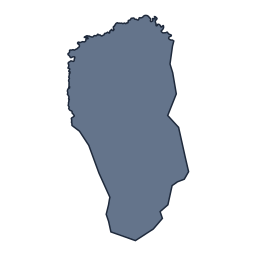 the district of Mogod, Bulgan, Mongolia
{"feature_id": "93677404B32006231606780", "entity_name": "Mogod", "entity_type": "district", "adm_level": 2, "iso_a3": "MNG", "parent_name": "Mongolia", "parent_adm1": "Bulgan", "projection": "albers", "projection_center": [102.81, 48.255], "detail": "fine", "context": "isolated", "style": "filled", "palette": "slate", "viewbox_px": 256, "rotation_deg": 0, "n_neighbors": 0, "source": "geoboundaries", "source_scale": "gbopen_adm2", "svg_char_len": 5277}
<svg xmlns="http://www.w3.org/2000/svg" viewBox="0 0 256 256"><path d="M188.6,171.7L185.3,157.5L184.3,153.0L178.6,127.4L167.7,115.5L176.3,93.9L172.7,72.7L170.0,64.0L172.5,46.1L173.8,41.0L172.5,40.1L171.9,40.0L171.1,40.1L170.5,39.9L169.6,39.4L168.9,38.8L168.7,38.5L168.7,38.2L168.8,37.6L168.9,37.2L170.1,36.5L170.8,36.3L171.0,36.1L171.3,35.7L171.3,35.2L171.0,34.9L170.4,34.7L168.8,34.0L168.1,33.3L167.8,32.9L167.5,32.3L167.4,32.2L166.7,32.2L165.8,32.7L163.4,32.9L163.0,32.9L162.3,32.5L161.3,31.6L161.2,31.2L161.2,30.9L161.4,30.7L161.9,30.3L162.8,29.3L163.0,29.0L163.5,27.9L163.6,27.3L163.6,26.9L163.5,26.0L163.3,25.6L163.0,25.6L161.7,26.9L161.3,27.0L161.1,27.0L160.7,26.6L160.6,26.0L160.3,25.5L159.4,24.6L158.7,24.3L158.0,24.3L157.7,24.4L157.4,24.7L157.3,25.4L156.9,25.7L156.5,25.8L156.1,25.6L156.0,25.0L156.0,23.9L156.0,23.6L155.9,23.4L155.5,22.6L155.4,22.1L155.3,21.4L155.4,20.9L155.5,20.6L155.8,20.2L156.7,19.3L156.9,18.8L157.0,18.4L156.9,18.2L156.6,17.9L155.3,16.7L154.9,16.6L154.5,16.6L154.5,16.9L155.0,17.7L155.0,17.9L154.9,18.5L154.8,18.8L154.5,18.9L154.0,18.8L153.3,18.5L152.8,18.5L152.7,18.6L152.7,18.8L152.8,20.1L152.8,20.6L152.7,21.0L152.3,21.2L151.8,21.4L151.4,21.6L150.9,21.6L150.6,21.4L150.4,20.8L150.5,20.2L150.7,19.7L150.7,19.1L150.6,18.7L150.4,18.4L149.6,17.9L148.6,16.5L147.6,15.8L147.2,15.6L146.2,15.4L145.2,15.4L144.5,15.6L143.8,16.0L143.3,16.4L142.6,17.3L141.6,17.7L140.5,17.9L140.0,17.7L139.7,17.7L139.5,17.8L139.3,17.9L139.1,18.0L138.8,19.2L138.3,19.9L138.2,20.0L137.6,20.0L136.2,19.3L135.1,19.3L134.8,19.2L134.7,19.1L133.9,18.1L133.0,18.0L132.1,18.3L131.8,18.2L131.3,18.3L131.1,18.4L130.8,19.0L130.3,19.8L129.7,20.1L128.4,20.5L128.1,21.4L128.3,21.8L128.3,22.0L128.0,22.4L127.7,22.9L127.4,22.9L126.8,22.9L126.6,23.0L126.0,23.5L125.6,23.6L125.3,23.5L124.9,23.2L124.7,23.1L124.1,23.2L122.9,23.6L122.5,23.5L122.0,23.3L121.4,23.1L120.4,23.3L119.5,23.1L118.4,23.2L117.5,22.8L117.2,22.8L116.8,23.0L116.5,23.1L115.7,23.8L115.2,24.8L114.6,25.4L114.6,25.8L114.2,26.4L113.6,26.5L113.4,26.8L113.3,27.2L113.4,27.6L113.4,28.1L113.5,28.3L113.6,29.0L114.0,29.4L113.9,29.6L113.4,30.5L113.2,30.6L112.8,30.6L112.2,30.3L112.0,30.0L111.9,29.8L111.7,29.5L111.4,29.6L111.1,29.9L110.7,30.5L110.0,30.9L109.9,31.1L109.8,31.7L109.7,32.2L109.6,32.8L109.3,33.0L108.9,33.0L108.0,32.3L107.7,32.2L107.4,32.3L106.5,33.0L106.0,33.2L105.6,33.4L105.0,33.3L104.8,33.4L104.4,33.8L104.3,34.4L104.1,34.7L103.8,34.9L102.0,35.9L101.2,35.9L100.4,35.1L100.2,35.0L99.5,34.9L99.1,35.0L98.8,34.9L98.5,34.8L98.2,34.6L97.9,34.2L97.5,34.4L97.1,35.0L96.8,35.3L96.3,35.7L95.3,35.7L94.4,35.6L93.9,35.9L92.9,36.9L92.6,37.0L92.1,37.0L91.6,37.0L90.7,36.6L90.1,36.6L89.7,36.3L89.0,36.0L88.8,36.1L88.3,36.1L87.4,35.8L86.7,35.8L84.6,36.9L84.4,37.1L84.4,37.4L84.6,37.4L85.4,37.5L85.8,37.7L86.1,37.7L87.0,37.4L87.5,37.5L87.8,37.8L88.0,38.1L88.0,38.3L88.0,38.5L87.9,38.7L87.8,38.8L86.9,38.7L86.6,38.7L86.2,38.9L85.9,39.2L85.9,39.4L85.9,40.2L85.7,40.9L85.3,41.4L84.7,41.7L84.4,41.9L83.4,41.8L82.9,41.7L82.4,41.7L80.7,42.4L80.0,42.6L79.4,42.7L78.6,42.6L79.3,42.5L79.5,42.4L79.4,42.3L78.5,42.1L78.2,42.2L77.9,42.4L77.7,42.7L77.6,42.9L77.6,43.4L77.7,43.6L78.0,43.7L78.3,44.2L79.2,44.8L79.3,45.0L79.4,45.5L79.4,46.3L79.2,46.8L78.1,47.7L77.1,48.7L75.4,49.5L74.6,50.0L74.1,50.1L73.2,49.7L72.9,49.7L71.4,50.1L70.7,50.0L69.9,50.1L69.6,50.5L69.5,50.8L69.6,51.4L69.5,52.2L69.3,52.5L68.9,53.0L68.3,53.4L68.0,53.7L68.0,54.3L68.1,54.7L68.9,55.3L69.4,55.9L70.0,56.6L70.1,57.1L70.3,57.3L70.5,57.5L71.0,57.7L72.1,57.2L72.5,56.9L74.0,56.8L74.3,56.8L74.6,56.9L74.8,57.2L74.8,57.5L74.6,58.3L74.6,58.6L74.3,59.0L74.2,59.2L74.3,60.2L74.2,60.4L73.8,61.1L73.6,61.3L73.0,61.4L71.5,61.0L71.1,60.9L70.6,61.0L69.7,61.8L68.6,62.3L68.4,62.5L68.2,63.1L68.2,63.5L68.2,63.8L68.3,64.0L68.7,64.5L68.7,64.9L68.8,65.5L68.6,66.7L68.4,67.0L68.1,67.6L68.0,67.9L68.1,68.1L68.2,68.3L69.2,68.4L69.4,68.5L69.6,68.7L69.7,69.2L69.7,69.5L69.2,70.2L68.9,70.8L68.8,71.0L68.8,71.3L68.9,71.5L69.0,71.6L69.9,71.8L70.0,71.9L70.0,72.2L70.0,72.4L69.9,72.8L69.8,73.3L69.7,73.3L69.7,73.1L69.4,73.1L69.2,73.4L69.2,73.7L69.3,74.1L69.3,75.1L69.1,75.5L69.1,75.9L69.0,76.6L68.7,77.0L68.8,77.3L69.2,77.9L69.3,78.1L69.4,78.5L69.3,78.8L69.0,79.2L68.9,79.5L68.7,80.1L68.6,80.7L68.6,80.9L68.9,81.6L69.0,81.9L69.1,83.2L69.0,83.5L69.0,84.5L69.0,86.5L68.9,86.9L69.3,86.7L69.5,86.7L69.6,86.8L69.5,87.1L69.6,87.7L69.5,88.0L68.5,88.4L68.2,88.7L67.6,89.9L67.4,90.6L67.4,91.4L67.6,91.8L67.7,92.4L67.8,93.2L67.4,94.1L67.4,94.3L67.7,94.7L68.2,95.2L68.4,95.8L68.7,96.1L68.8,96.3L69.0,97.2L68.8,97.7L68.8,98.1L68.6,98.8L68.8,99.0L69.0,99.1L69.3,99.3L69.3,99.5L68.9,99.9L68.8,100.1L69.0,100.8L68.8,101.5L68.7,102.2L68.5,102.5L68.5,104.2L68.2,105.1L68.2,105.5L69.0,106.7L69.1,107.0L69.1,107.4L68.7,108.2L69.1,109.3L69.5,109.8L69.8,110.1L70.3,110.5L71.4,110.9L71.7,111.1L72.0,111.5L72.1,112.0L72.1,113.0L73.1,114.0L73.7,114.9L74.2,115.4L74.3,115.7L74.3,116.0L73.9,116.4L72.9,117.2L71.7,117.9L71.4,118.3L71.3,118.6L71.4,119.0L71.7,120.0L71.6,120.5L71.7,121.0L71.7,121.4L71.4,122.1L71.8,122.9L71.9,123.8L72.0,125.5L79.5,131.2L88.8,145.4L99.0,173.2L109.9,197.3L109.4,199.6L108.5,205.0L106.2,214.3L108.6,221.4L110.9,231.9L117.1,234.1L135.4,240.6L153.3,229.0L162.4,218.4L160.1,211.6L167.9,204.8L172.1,185.6L177.5,181.8L184.3,179.2L188.6,171.7Z" fill="#64748b" stroke="#1e293b" stroke-width="1.5"/></svg>